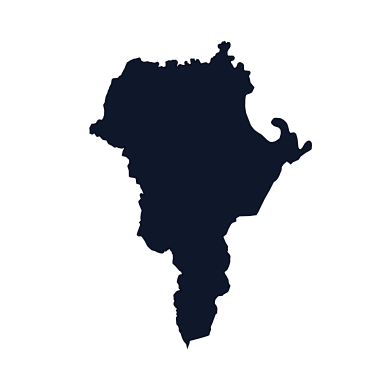 Ayun Pa, Gia Lai, Vietnam, rotated 9°
{"feature_id": "81297802B91685830390053", "entity_name": "Ayun Pa", "entity_type": "district", "adm_level": 2, "iso_a3": "VNM", "parent_name": "Vietnam", "parent_adm1": "Gia Lai", "projection": "robinson", "projection_center": [108.411, 13.31], "detail": "fine", "context": "isolated", "style": "filled", "palette": "ink", "viewbox_px": 384, "rotation_deg": 9, "n_neighbors": 0, "source": "geoboundaries", "source_scale": "gbopen_adm2", "svg_char_len": 5942}
<svg xmlns="http://www.w3.org/2000/svg" viewBox="0 0 384 384"><g transform="rotate(9 192 192)"><path d="M205.7,39.0L204.0,38.9L203.8,39.9L203.5,40.2L202.4,40.0L201.8,40.2L201.5,39.5L201.0,39.4L200.9,38.6L200.7,38.5L199.5,39.3L199.0,39.3L198.3,40.4L198.3,40.6L199.0,41.2L198.7,41.7L196.4,41.9L195.2,42.8L195.4,44.5L196.0,45.3L196.4,45.5L197.2,45.4L197.7,45.7L197.9,48.2L197.8,48.9L197.1,50.3L195.2,51.4L194.7,52.0L194.3,53.3L194.2,54.4L193.9,54.9L192.7,55.0L192.2,56.3L191.4,56.9L190.6,57.1L190.3,59.2L190.5,60.4L189.6,62.2L188.4,63.2L187.7,63.2L185.6,62.3L180.4,64.5L179.8,63.4L178.9,62.7L178.5,61.7L177.2,60.5L176.5,60.5L176.2,60.7L175.3,62.7L174.8,63.0L174.1,62.6L173.1,60.6L172.0,60.9L170.8,60.9L170.3,61.1L170.2,61.5L171.3,64.6L171.4,65.6L171.0,66.4L169.9,66.9L168.9,66.6L167.7,65.9L166.6,66.2L166.4,64.2L166.1,64.1L165.6,64.2L165.0,64.7L164.8,65.4L165.9,67.3L165.8,67.8L163.8,68.7L162.2,68.6L160.8,68.2L159.8,68.5L159.2,69.1L159.5,71.2L159.1,71.9L158.7,72.0L158.2,71.7L157.3,69.9L156.1,69.5L157.1,67.6L157.0,66.3L156.7,65.5L155.4,64.7L152.3,65.2L151.8,65.4L151.2,66.3L148.7,66.2L146.2,67.7L146.1,67.9L146.7,69.6L146.9,72.6L146.5,73.4L145.7,73.1L144.7,73.6L143.9,73.7L142.3,73.1L140.9,73.9L139.7,74.2L138.9,74.2L138.3,73.7L138.1,73.0L138.9,71.5L138.9,70.7L138.2,69.7L137.5,69.5L135.6,70.7L134.0,71.0L131.8,70.7L130.3,71.0L128.0,70.5L124.5,71.6L123.3,71.6L120.8,70.7L120.0,68.8L119.1,68.1L115.5,69.8L114.1,70.1L110.8,72.3L108.2,74.6L107.4,77.2L107.0,79.8L105.0,85.4L104.4,88.0L102.5,89.4L101.6,91.1L101.1,91.6L96.6,92.7L95.9,93.5L95.8,94.9L95.9,97.7L94.6,101.5L94.6,103.2L93.8,105.0L93.7,107.1L92.6,111.1L92.4,115.3L92.6,116.9L91.4,120.0L93.1,124.3L93.4,125.9L93.9,130.1L93.4,131.8L93.7,133.0L93.1,133.5L92.6,134.9L92.2,135.3L91.2,135.6L89.3,135.5L88.4,135.9L87.3,138.1L87.2,139.0L86.9,139.5L83.6,140.9L82.7,140.9L81.3,144.9L82.1,147.5L82.2,149.6L84.3,150.2L85.8,148.8L86.4,148.7L87.0,149.0L89.2,151.5L89.9,151.7L91.7,150.6L92.1,150.7L95.6,153.5L96.6,153.8L99.7,153.8L102.3,157.1L105.9,158.2L108.6,159.6L110.3,158.8L111.1,158.7L112.3,159.3L115.8,159.4L118.0,158.1L118.9,158.1L119.0,158.7L117.9,162.8L117.6,166.5L117.8,166.7L121.1,166.9L122.1,167.3L125.0,169.2L125.4,169.9L125.8,170.7L126.1,173.2L124.8,176.4L126.9,180.4L127.9,186.1L128.4,186.4L133.4,186.4L134.5,186.8L135.3,188.0L135.9,190.8L136.4,191.9L139.0,192.1L139.8,192.5L140.3,193.1L141.1,195.5L142.8,197.4L145.2,201.3L145.1,201.7L144.5,202.3L143.6,202.3L142.7,201.8L142.1,201.8L141.6,202.3L141.6,203.4L143.0,206.3L143.1,207.1L141.4,209.3L141.2,209.9L142.4,212.4L146.0,218.2L145.6,220.3L145.7,224.8L146.6,228.4L145.3,230.2L146.4,231.5L146.8,232.9L146.2,234.5L145.1,240.3L144.8,242.3L144.9,242.8L145.8,243.4L148.7,243.0L149.8,243.4L153.5,247.4L156.9,252.0L160.4,254.5L161.8,255.1L165.2,255.5L167.2,256.3L169.0,256.6L170.9,256.8L172.1,256.6L173.0,256.1L173.3,254.4L175.4,254.1L176.8,252.3L178.7,251.1L179.2,251.0L180.7,253.2L181.9,253.7L182.5,255.8L183.4,256.1L184.2,260.0L184.4,264.5L184.8,265.5L187.5,267.2L192.1,271.1L194.0,271.9L194.7,272.7L195.8,274.8L195.4,275.4L194.1,275.7L192.6,276.6L192.0,278.9L191.7,282.7L192.0,283.4L194.1,285.6L194.5,288.5L194.8,289.2L196.4,289.9L196.7,290.6L195.3,291.6L193.3,292.5L192.4,293.3L190.5,296.6L190.5,297.3L191.3,299.3L191.3,300.5L192.5,302.4L191.9,304.3L192.0,305.6L192.8,306.9L194.0,307.5L194.4,308.5L195.6,308.5L195.9,308.9L196.0,310.4L195.4,311.3L196.7,313.2L196.3,314.7L196.4,315.3L196.8,315.7L197.3,315.8L197.6,316.3L197.5,316.9L196.7,318.2L196.6,319.1L197.9,324.6L198.3,325.1L199.8,326.2L200.6,327.7L201.2,329.2L201.3,330.9L203.4,333.0L205.9,337.8L207.3,339.7L208.4,340.9L210.6,342.7L211.7,345.5L212.4,341.8L212.5,338.9L223.9,333.9L230.2,330.8L230.8,330.2L231.0,327.4L231.6,325.2L230.9,322.3L232.2,317.1L233.8,308.8L234.2,308.2L234.7,308.0L235.0,307.4L234.6,303.7L234.2,302.3L233.4,301.0L231.7,299.4L231.1,298.0L231.1,295.5L231.4,294.1L232.5,292.1L233.8,290.3L235.0,289.8L238.0,289.1L238.2,288.5L238.6,287.9L242.4,284.9L243.1,283.4L243.9,278.8L242.3,277.1L241.9,276.3L241.1,273.3L238.7,270.0L237.2,268.5L236.1,266.6L236.0,266.1L236.1,265.5L238.3,263.2L239.5,259.5L240.0,255.0L239.6,253.1L239.3,249.5L238.5,248.3L235.6,245.9L235.5,245.6L235.9,244.0L235.4,241.9L235.4,240.3L232.6,237.1L229.2,231.5L229.4,230.9L232.0,227.9L233.3,222.3L235.1,217.2L236.5,215.5L239.6,213.8L239.1,211.8L239.3,210.5L242.4,207.9L252.5,206.0L258.9,204.1L259.8,201.6L264.2,187.2L267.7,178.0L270.3,170.0L270.7,168.9L272.2,167.6L273.9,165.1L274.9,162.3L276.2,156.9L276.3,155.9L276.0,153.2L277.4,150.1L280.8,146.0L281.2,146.0L282.5,147.2L283.7,147.1L284.6,148.4L285.0,148.5L286.6,146.3L291.5,143.1L292.2,142.1L293.0,139.8L297.6,135.1L301.1,132.4L302.7,130.7L302.5,127.5L302.0,125.4L301.6,124.7L300.9,124.0L300.3,123.7L299.3,123.7L298.1,124.4L296.4,126.6L294.7,131.1L293.4,133.1L292.4,133.6L290.9,133.3L289.8,132.1L289.2,130.8L287.3,123.4L285.4,119.2L284.6,118.4L283.5,117.9L282.2,118.1L280.5,119.0L279.9,119.0L278.8,118.3L277.5,116.3L276.9,114.4L275.0,110.5L274.0,109.3L271.4,107.4L268.7,106.2L267.4,106.0L262.7,106.4L261.7,106.9L260.9,107.9L260.0,109.8L259.9,110.8L260.3,111.6L262.7,113.3L268.0,114.2L269.8,115.7L270.8,117.4L271.3,120.6L270.8,125.0L270.5,125.8L269.2,127.3L266.4,129.6L263.5,130.9L261.2,130.9L259.9,130.5L257.3,129.2L252.0,125.4L250.0,124.4L247.7,123.6L243.7,121.5L242.0,120.1L239.1,117.3L232.4,105.8L230.4,99.4L229.6,93.6L229.3,90.0L229.5,87.8L230.6,86.6L234.6,84.3L235.2,83.6L236.5,79.2L232.2,75.3L231.8,74.6L230.9,71.7L229.4,68.9L229.7,67.4L230.4,66.2L230.4,64.9L230.0,64.4L229.3,64.1L226.0,64.4L224.7,64.4L224.1,64.0L223.4,62.9L223.0,59.8L222.6,58.5L221.4,57.5L219.5,56.9L218.6,57.1L217.6,58.2L217.2,60.7L216.7,62.0L216.1,62.7L215.3,63.3L214.5,63.4L213.9,63.3L213.2,62.8L211.2,60.0L210.0,59.0L209.3,57.7L209.5,56.2L212.0,54.9L212.3,54.4L212.6,53.2L212.4,52.6L211.3,51.7L206.2,52.4L205.3,51.7L204.9,50.8L204.4,48.7L204.4,47.6L205.2,45.2L206.2,43.4L206.5,41.9L206.4,40.7L205.7,39.0Z" fill="#0f172a" stroke="#020617" stroke-width="1.5"/></g></svg>